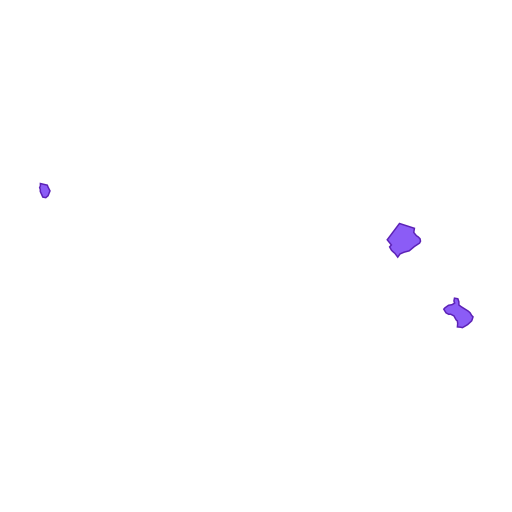 Abu Simbel, Aswan, Egypt (Robinson projection), rotated 275°
{"feature_id": "37247803B4771380676281", "entity_name": "Abu Simbel", "entity_type": "district", "adm_level": 2, "iso_a3": "EGY", "parent_name": "Egypt", "parent_adm1": "Aswan", "projection": "robinson", "projection_center": [32.495, 23.045], "detail": "fine", "context": "isolated", "style": "filled", "palette": "violet", "viewbox_px": 512, "rotation_deg": 275, "n_neighbors": 0, "source": "geoboundaries", "source_scale": "gbopen_adm2", "svg_char_len": 965}
<svg xmlns="http://www.w3.org/2000/svg" viewBox="0 0 512 512"><g transform="rotate(275 256 256)"><path d="M285.5,386.5L283.6,385.3L278.8,389.9L276.7,388.3L273.5,390.5L272.7,391.5L271.9,392.5L270.7,394.2L267.2,397.3L270.6,399.3L272.7,403.2L274.5,408.2L279.3,413.0L283.1,417.8L285.1,418.6L287.5,417.9L289.2,415.9L290.2,414.0L293.2,411.1L297.4,411.4L298.7,405.7L300.9,396.1L285.5,386.5ZM224.6,455.5L223.7,452.1L220.8,448.7L219.4,447.7L217.6,449.0L215.9,450.3L214.7,453.1L215.0,454.9L213.6,458.4L211.6,459.7L209.5,461.2L209.0,462.2L206.4,462.8L202.9,462.8L202.9,466.3L202.6,467.8L204.1,470.0L206.1,472.8L210.2,476.5L211.6,476.9L214.3,477.5L215.7,475.9L218.0,474.3L219.5,472.4L223.5,464.6L224.9,462.4L228.1,462.1L231.0,460.8L231.3,457.4L228.4,457.1L226.4,458.0L224.6,455.5ZM305.3,34.5L303.6,35.3L301.4,35.5L296.1,38.5L295.8,41.5L297.9,43.6L302.9,45.1L306.4,42.9L308.4,41.9L309.4,34.9L307.0,35.1L305.3,34.5Z" fill="#8b5cf6" stroke="#5b21b6" stroke-width="1.5"/></g></svg>